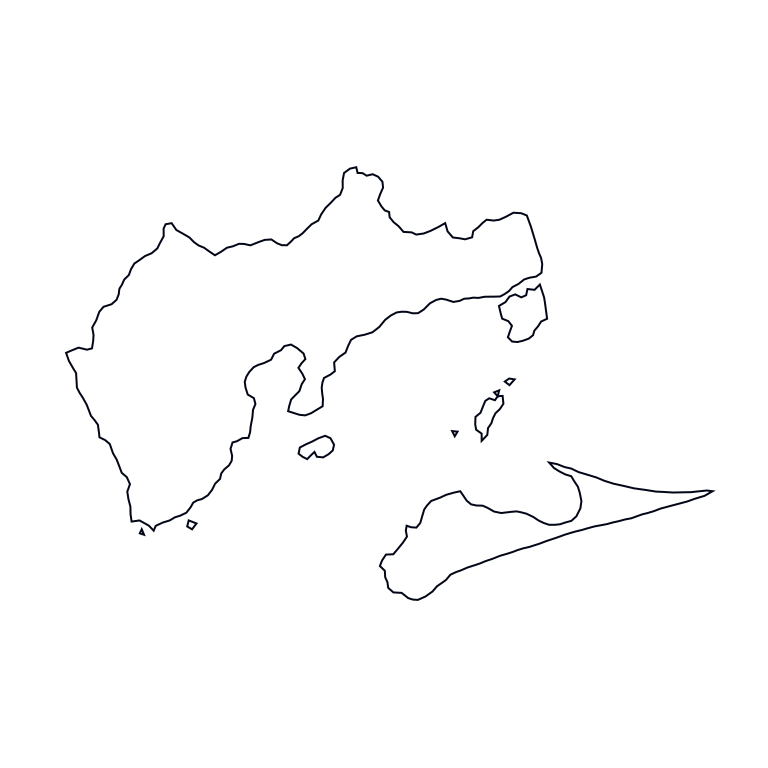 outline of Mangaratiba, Rio de Janeiro, Brazil, rotated 352°
{"feature_id": "56859067B1398595920076", "entity_name": "Mangaratiba", "entity_type": "district", "adm_level": 2, "iso_a3": "BRA", "parent_name": "Brazil", "parent_adm1": "Rio de Janeiro", "projection": "orthographic", "projection_center": [-43.995, -22.973], "detail": "fine", "context": "isolated", "style": "outline", "palette": "ink", "viewbox_px": 768, "rotation_deg": 352, "n_neighbors": 0, "source": "geoboundaries", "source_scale": "gbopen_adm2", "svg_char_len": 5652}
<svg xmlns="http://www.w3.org/2000/svg" viewBox="0 0 768 768"><g transform="rotate(352 384 384)"><path d="M114.9,485.1L122.9,485.1L131.4,491.5L135.5,497.2L138.2,492.7L145.7,490.4L152.8,489.3L158.4,486.9L163.5,486.1L170.3,484.0L175.2,479.3L178.6,474.9L182.8,473.2L187.6,472.6L194.1,469.7L199.0,464.9L202.9,459.2L208.4,455.2L210.4,449.9L214.1,446.2L219.2,443.0L222.5,438.8L223.6,434.0L223.0,426.9L225.9,420.8L230.4,420.2L236.3,417.9L242.2,418.5L244.7,413.1L246.1,407.3L249.0,398.8L250.7,391.4L253.9,385.9L253.2,379.9L247.6,375.5L246.4,368.4L246.4,362.5L248.7,357.6L252.2,353.4L257.3,349.2L262.1,347.6L268.3,346.5L275.6,344.2L279.4,338.7L286.7,336.2L290.6,332.6L297.4,332.0L302.8,336.2L308.6,342.6L309.6,348.4L305.2,352.0L301.5,356.1L304.5,362.3L306.4,368.2L302.5,372.7L299.2,379.3L294.7,382.7L289.9,386.4L287.0,392.8L285.3,397.6L290.7,400.2L296.2,402.8L301.6,404.1L307.7,402.8L314.4,399.9L320.1,397.5L321.5,390.4L321.5,384.3L321.8,379.0L323.2,374.1L325.4,369.7L332.3,367.2L337.1,364.5L337.6,355.7L343.4,351.0L350.3,347.5L353.7,341.4L357.5,335.7L363.6,333.0L371.7,332.5L379.7,331.2L387.2,326.9L394.1,320.6L400.3,317.1L406.4,314.9L411.8,314.9L416.9,315.8L422.3,318.0L427.6,318.6L433.7,315.8L440.7,310.5L447.4,308.0L452.5,307.5L457.1,309.0L464.1,312.4L470.5,312.2L475.3,310.7L479.9,311.1L484.3,310.9L489.6,311.9L496.0,311.6L504.1,312.7L511.3,313.5L516.0,311.7L520.8,309.3L524.7,305.9L531.0,303.7L537.3,300.0L542.8,299.0L549.5,298.8L555.4,295.8L557.4,287.3L557.1,281.1L555.6,275.7L554.6,270.2L553.4,261.7L551.3,248.3L548.9,237.0L543.7,234.0L536.0,232.4L528.2,235.3L521.1,237.4L515.3,237.4L508.5,235.6L504.1,238.2L499.2,241.9L493.6,245.1L491.7,251.0L484.4,252.0L479.4,250.3L472.6,248.5L468.2,241.7L467.0,233.2L459.7,236.1L451.5,238.8L444.2,240.5L436.7,240.5L432.5,237.7L424.5,236.1L420.5,229.9L416.0,225.0L412.8,219.7L413.0,214.4L408.9,212.2L406.2,207.8L403.5,201.4L406.7,195.4L410.4,189.4L410.6,183.5L407.0,177.9L402.0,174.7L395.8,175.3L392.1,172.2L387.2,171.3L386.7,165.5L380.2,166.0L373.8,169.5L371.4,176.6L370.4,184.2L366.8,190.6L361.9,192.8L356.3,197.3L350.7,201.4L345.4,207.3L341.7,213.0L334.6,215.7L329.3,219.6L324.4,223.4L320.1,225.8L315.3,227.1L311.7,230.0L307.2,233.1L302.1,232.3L297.6,229.7L292.6,225.2L285.9,224.7L279.6,226.0L271.0,228.1L264.8,225.8L259.9,225.0L253.6,226.6L247.4,227.2L241.2,230.3L234.5,233.0L229.4,228.4L224.8,224.0L219.7,221.0L215.6,217.1L211.7,211.8L205.6,207.0L199.8,202.6L196.1,195.2L190.0,195.4L187.4,199.4L186.4,207.0L181.5,213.6L178.4,218.2L172.0,222.2L165.2,224.0L158.6,227.5L153.5,230.0L149.4,235.2L146.5,240.6L141.3,244.4L138.3,249.2L135.2,252.9L133.8,258.2L130.9,263.4L125.3,267.1L117.0,268.5L112.1,272.9L107.9,280.9L102.9,287.5L103.2,295.0L102.0,300.9L99.8,308.1L94.7,308.7L86.6,305.5L80.1,307.1L73.5,308.9L75.2,317.3L78.4,325.3L80.6,330.3L80.0,337.9L79.4,344.9L81.4,350.5L83.8,355.6L86.7,363.1L89.4,374.8L92.3,379.4L95.0,384.5L95.0,392.4L94.8,397.2L99.9,400.6L104.1,405.3L106.0,414.9L108.7,421.5L110.4,428.6L111.9,435.4L116.3,440.4L118.5,447.8L114.8,454.9L114.9,462.3L115.8,470.3L114.9,477.5L114.9,485.1ZM633.4,547.5L640.3,545.9L650.8,544.6L657.6,543.8L668.2,542.5L674.8,541.1L680.9,540.1L685.7,539.4L694.5,535.9L688.8,534.4L681.1,534.1L672.6,533.8L663.7,532.7L655.1,531.7L645.8,529.8L638.4,528.4L627.9,525.2L617.0,522.1L606.7,518.1L597.5,514.7L588.7,510.5L581.5,506.2L572.5,502.0L564.4,498.3L557.7,493.8L551.3,491.4L544.2,487.4L536.6,484.8L540.6,490.8L545.3,494.8L551.0,498.8L556.6,501.4L558.6,506.2L561.7,512.7L562.7,518.9L563.2,527.5L561.2,534.4L556.1,541.8L550.5,545.6L544.2,546.4L538.9,547.4L533.3,547.2L527.9,546.4L522.9,543.9L518.2,540.8L513.4,536.5L507.1,532.3L502.1,530.2L497.6,528.6L492.2,528.3L482.1,528.1L475.2,525.6L469.1,520.9L464.7,518.2L458.7,517.2L453.5,515.3L449.7,511.1L447.3,506.2L444.6,500.8L438.0,501.3L430.1,502.4L423.9,504.3L414.4,506.4L409.6,510.4L406.4,513.8L404.0,519.0L400.6,526.6L396.1,530.7L390.8,529.6L386.7,527.5L385.2,532.3L385.5,538.3L380.6,543.8L375.3,548.7L369.5,553.9L362.2,553.2L357.5,558.5L354.6,563.7L358.8,569.0L358.3,575.7L359.8,580.6L359.8,586.5L364.3,591.7L372.4,593.3L378.2,599.4L382.6,601.5L387.5,602.5L395.5,600.2L403.2,596.2L408.3,591.7L412.5,589.6L418.1,586.7L423.2,582.1L429.0,580.3L434.1,579.3L440.9,577.4L448.4,576.1L453.5,575.2L460.1,573.5L467.2,572.2L474.9,570.3L481.9,569.3L488.3,568.2L492.9,567.1L499.1,566.1L505.2,565.6L509.7,564.8L515.6,563.8L523.1,562.1L529.7,560.9L535.0,559.9L542.0,558.4L547.6,557.5L553.3,556.7L559.6,556.1L564.9,555.3L572.9,554.3L580.7,554.0L585.9,553.7L591.0,553.0L597.4,552.5L603.8,551.7L610.1,551.4L621.6,549.0L626.9,548.5L633.4,547.5ZM552.2,307.2L546.2,311.7L539.3,309.9L537.1,315.9L532.0,317.3L526.4,313.5L520.4,314.9L515.7,319.8L508.7,322.7L509.4,330.4L510.1,335.7L515.9,339.1L518.8,344.2L516.0,349.4L513.2,355.0L516.8,359.8L522.0,361.0L527.5,360.5L533.7,359.2L538.4,356.4L540.3,352.1L544.4,348.5L548.3,344.0L554.6,342.1L554.7,326.3L554.6,320.5L552.2,307.2ZM494.9,411.9L491.6,415.5L486.2,412.8L482.0,414.8L478.9,420.0L475.6,425.9L470.0,429.3L468.7,436.7L468.9,442.1L473.8,446.7L472.8,453.9L479.2,448.8L480.9,442.1L484.8,437.9L487.2,433.0L490.3,428.5L495.2,425.0L499.5,420.2L499.8,412.3L494.9,411.9ZM326.1,437.2L323.5,430.3L318.6,427.1L311.5,428.6L304.5,431.1L298.2,432.9L291.8,435.2L289.7,441.1L293.3,444.8L297.5,447.7L301.6,444.5L305.7,441.6L307.4,446.7L313.5,448.2L319.4,445.8L324.0,442.7L326.1,437.2ZM178.9,496.0L171.6,491.9L169.3,497.7L173.7,501.2L178.9,496.0ZM514.0,397.6L508.7,396.0L504.0,398.4L508.1,402.6L514.0,397.6ZM450.2,441.4L444.9,440.1L446.8,445.6L450.2,441.4ZM494.9,411.9L497.2,406.3L491.9,407.6L494.9,411.9ZM123.9,494.1L121.4,497.9L125.4,499.9L123.9,494.1Z" fill="none" stroke="#020617" stroke-width="2"/></g></svg>